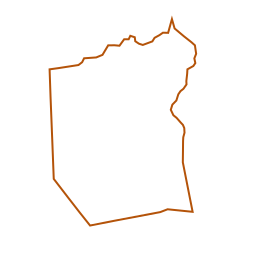 Campo Redondo, Rio Grande do Norte, Brazil (Natural Earth projection), rotated 167°
{"feature_id": "56859067B7245659807247", "entity_name": "Campo Redondo", "entity_type": "district", "adm_level": 2, "iso_a3": "BRA", "parent_name": "Brazil", "parent_adm1": "Rio Grande do Norte", "projection": "natural_earth1", "projection_center": [-36.238, -6.238], "detail": "fine", "context": "isolated", "style": "outline", "palette": "amber", "viewbox_px": 256, "rotation_deg": 167, "n_neighbors": 0, "source": "geoboundaries", "source_scale": "gbopen_adm2", "svg_char_len": 863}
<svg xmlns="http://www.w3.org/2000/svg" viewBox="0 0 256 256"><g transform="rotate(167 128 128)"><path d="M115.5,38.8L107.7,39.9L83.9,31.8L82.3,82.2L77.2,103.2L76.2,106.6L74.0,110.7L73.2,115.3L73.8,118.7L75.5,121.6L78.4,127.0L80.9,130.2L82.2,136.1L79.5,140.8L74.7,143.9L71.4,149.5L68.6,152.1L65.2,153.7L61.2,157.3L60.6,160.6L58.2,167.4L56.9,171.8L50.4,173.7L47.8,176.1L47.7,180.9L44.9,185.0L44.2,193.5L46.8,197.2L52.9,204.8L60.2,214.5L60.7,224.2L67.5,211.7L72.5,213.0L76.5,211.4L81.8,209.9L84.8,206.9L94.9,205.6L98.4,207.7L101.4,210.9L101.0,214.9L105.0,217.3L107.4,214.3L111.8,215.3L117.8,210.1L122.4,211.6L128.7,213.0L136.4,205.0L143.1,203.9L155.1,205.8L157.9,202.4L162.1,200.5L182.4,202.0L191.2,202.8L196.5,175.6L204.5,133.4L211.8,95.1L201.7,73.0L199.0,67.2L194.1,56.6L186.9,41.5L162.6,40.7L115.5,38.8Z" fill="none" stroke="#b45309" stroke-width="2"/></g></svg>